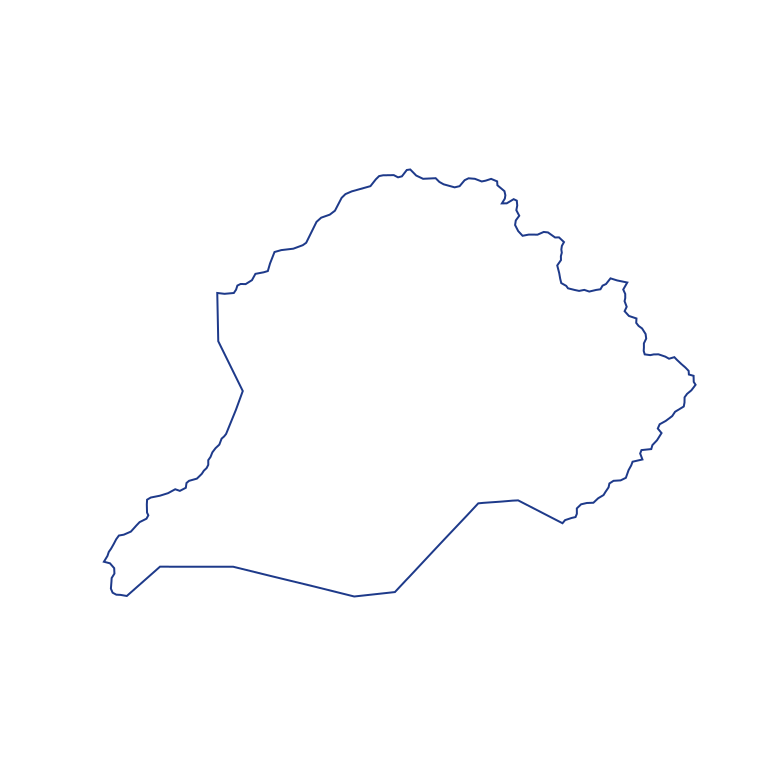 São José do Belmonte, Pernambuco, Brazil (Natural Earth projection), rotated 80°
{"feature_id": "56859067B2829492524896", "entity_name": "São José do Belmonte", "entity_type": "district", "adm_level": 2, "iso_a3": "BRA", "parent_name": "Brazil", "parent_adm1": "Pernambuco", "projection": "natural_earth1", "projection_center": [-38.766, -7.884], "detail": "fine", "context": "isolated", "style": "outline", "palette": "blue", "viewbox_px": 768, "rotation_deg": 80, "n_neighbors": 0, "source": "geoboundaries", "source_scale": "gbopen_adm2", "svg_char_len": 2922}
<svg xmlns="http://www.w3.org/2000/svg" viewBox="0 0 768 768"><g transform="rotate(80 384 384)"><path d="M250.2,227.3L245.8,225.8L241.8,221.6L235.8,223.5L231.4,221.8L226.5,221.4L224.5,224.2L227.4,231.8L226.6,236.5L222.4,232.8L219.2,231.7L215.0,231.9L208.0,237.8L204.1,237.4L200.6,242.9L201.4,248.6L201.5,252.6L197.7,258.9L196.1,265.0L197.3,269.2L202.3,275.2L202.6,280.3L197.7,290.6L194.6,294.4L190.3,297.4L188.7,309.9L184.3,316.1L177.3,320.9L177.2,324.4L182.6,330.3L182.9,334.3L180.0,338.1L178.3,348.7L178.4,352.7L181.0,356.5L186.8,363.0L188.7,382.3L190.3,389.0L193.3,393.4L204.8,402.2L207.8,408.0L209.3,417.0L212.6,422.3L231.4,436.1L233.2,439.9L235.0,449.8L234.3,461.9L235.0,468.9L245.5,475.3L252.6,478.8L253.1,483.1L253.2,491.5L258.8,496.0L261.6,502.9L260.6,507.8L261.6,511.3L265.4,513.3L268.3,516.1L267.5,525.4L265.4,532.4L291.2,536.4L313.1,539.8L366.4,524.3L383.7,534.3L405.8,548.2L407.9,550.6L409.6,553.4L415.1,556.7L417.9,561.0L421.5,564.9L425.7,567.5L428.5,570.3L433.1,571.1L436.0,573.3L438.1,576.5L440.8,579.0L442.6,581.6L444.7,584.7L445.5,592.8L447.2,595.7L451.8,597.2L453.8,603.6L451.4,607.9L454.0,615.6L455.1,624.1L455.3,633.4L456.8,637.4L461.5,638.5L469.5,639.7L472.4,638.9L475.4,641.3L477.6,648.7L480.4,652.5L483.0,655.8L485.4,658.9L487.2,666.4L487.2,671.4L490.4,674.7L494.7,678.0L498.9,681.5L501.6,684.2L505.3,686.2L510.4,690.7L513.0,685.0L518.5,681.7L523.9,682.4L527.8,685.9L531.6,686.8L538.1,688.5L542.4,687.5L545.0,684.2L545.9,680.2L548.1,674.1L525.0,636.3L527.7,621.3L537.8,564.2L553.3,529.1L571.6,487.3L588.1,450.2L590.8,409.4L580.9,396.2L578.5,392.9L554.6,361.1L547.2,351.2L528.0,325.3L517.9,311.9L518.3,306.8L520.1,289.7L521.2,277.6L521.9,272.1L552.1,232.4L549.5,229.3L548.5,222.5L548.3,218.5L545.3,216.6L540.0,215.7L536.7,210.8L536.4,204.9L537.3,198.4L533.7,192.9L531.5,187.1L528.8,184.7L524.8,180.8L521.1,179.3L519.2,174.8L520.0,167.7L518.4,162.1L511.3,158.1L507.1,154.7L503.7,152.7L503.2,142.6L496.9,143.8L493.8,141.9L494.5,132.1L490.8,130.3L486.8,124.9L480.5,119.2L475.4,122.1L471.5,119.5L469.3,113.0L465.6,105.7L461.9,102.2L458.2,92.7L454.5,91.3L449.3,90.3L446.3,87.2L443.6,82.4L438.9,77.3L435.7,78.6L429.7,77.7L427.6,82.1L424.0,81.7L420.0,84.4L416.1,87.6L411.0,91.4L408.0,93.4L408.6,98.9L405.9,102.2L402.5,108.4L401.7,113.0L401.8,116.8L400.1,122.1L396.5,122.5L393.2,121.7L389.1,121.0L384.8,117.9L380.2,117.7L374.1,120.2L371.0,123.2L367.6,125.0L363.3,124.0L359.5,131.0L354.1,134.4L350.1,131.6L344.2,132.7L341.3,131.5L337.2,130.8L332.5,132.0L326.3,126.8L322.5,136.4L319.3,142.6L324.1,148.0L325.1,151.7L328.3,154.4L328.2,158.7L328.6,165.8L326.1,170.4L326.2,175.7L324.5,179.9L321.7,186.2L319.0,187.5L315.4,191.9L311.0,192.2L305.2,192.2L297.3,192.8L292.7,188.2L288.8,187.6L285.6,186.1L282.3,186.0L278.8,184.8L275.5,182.1L270.0,186.2L269.4,190.1L263.2,196.2L262.0,200.3L263.6,206.9L262.8,211.0L262.0,215.5L262.1,221.8L256.7,225.3L250.2,227.3Z" fill="none" stroke="#1e3a8a" stroke-width="2"/></g></svg>